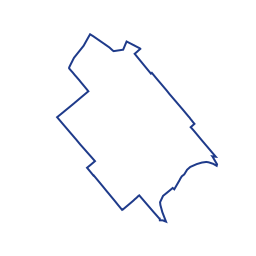 the district of Ulmeni, Calarasi, Romania, rotated 324°
{"feature_id": "2599482B95342273049795", "entity_name": "Ulmeni", "entity_type": "district", "adm_level": 2, "iso_a3": "ROU", "parent_name": "Romania", "parent_adm1": "Calarasi", "projection": "mercator", "projection_center": [26.717, 44.181], "detail": "fine", "context": "isolated", "style": "outline", "palette": "blue", "viewbox_px": 256, "rotation_deg": 324, "n_neighbors": 0, "source": "geoboundaries", "source_scale": "gbopen_adm2", "svg_char_len": 1668}
<svg xmlns="http://www.w3.org/2000/svg" viewBox="0 0 256 256"><g transform="rotate(324 128 128)"><path d="M177.5,210.7L178.1,210.2L178.7,209.7L178.8,208.6L179.3,203.5L179.6,200.8L179.6,200.5L182.1,202.8L180.5,181.7L180.3,178.6L179.8,170.7L179.6,168.0L179.3,165.1L179.2,164.2L184.2,163.7L184.0,160.6L184.0,159.0L183.9,158.3L183.9,155.4L183.8,154.9L183.7,153.7L183.2,146.1L181.7,127.2L181.5,125.0L181.4,122.1L181.3,120.1L180.9,114.6L180.4,108.0L180.1,103.9L179.7,97.4L178.5,97.5L177.8,85.8L177.0,71.9L180.8,71.6L181.3,71.5L184.5,71.2L184.5,70.9L184.4,70.5L177.7,57.2L170.1,61.8L161.6,57.4L161.2,56.4L161.0,55.4L160.3,51.9L153.7,33.0L153.6,32.8L152.4,29.9L148.4,31.7L140.4,35.4L125.8,39.4L125.7,39.4L123.1,40.7L122.0,41.3L119.8,42.4L116.4,44.2L115.6,44.8L115.4,45.3L115.5,46.2L115.6,47.9L115.9,50.6L116.1,54.3L116.3,56.0L116.4,57.4L116.6,59.7L116.7,60.9L116.8,63.4L117.1,67.8L117.4,72.5L117.5,75.0L107.3,75.7L97.6,76.4L77.0,77.6L77.5,84.4L78.1,91.9L78.6,98.4L79.1,104.7L79.3,106.9L79.4,108.9L79.7,113.4L80.7,123.9L81.4,131.1L81.8,135.4L76.6,135.8L71.5,136.1L71.7,139.2L72.1,146.2L72.4,146.2L73.3,160.4L73.6,166.1L74.3,176.9L74.5,180.1L74.7,184.4L75.1,190.7L76.0,190.6L76.1,190.9L86.0,190.2L89.8,189.9L91.2,189.7L91.8,189.6L92.6,189.6L93.5,189.5L94.5,189.4L96.3,189.1L97.5,189.1L99.3,210.9L100.1,219.4L100.2,219.7L100.4,219.9L99.5,221.4L102.0,223.3L102.4,224.1L103.7,226.1L104.0,225.0L106.3,216.3L108.9,209.4L110.3,206.9L116.5,203.5L124.3,203.1L128.9,202.8L129.4,204.8L139.3,200.4L140.4,199.8L143.1,198.7L146.2,198.6L151.3,196.5L155.5,196.1L162.4,197.6L167.5,199.4L171.4,201.5L173.1,203.2L175.9,207.1L177.5,210.7Z" fill="none" stroke="#1e3a8a" stroke-width="2"/></g></svg>